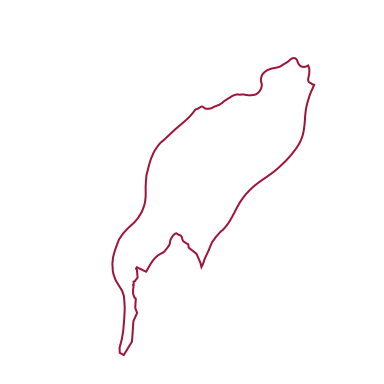 Altena, Noord-Brabant, Netherlands, rotated 308°
{"feature_id": "6326949B90099876945918", "entity_name": "Altena", "entity_type": "district", "adm_level": 2, "iso_a3": "NLD", "parent_name": "Netherlands", "parent_adm1": "Noord-Brabant", "projection": "natural_earth1", "projection_center": [4.974, 51.77], "detail": "fine", "context": "isolated", "style": "outline", "palette": "rose", "viewbox_px": 384, "rotation_deg": 308, "n_neighbors": 0, "source": "geoboundaries", "source_scale": "gbopen_adm2", "svg_char_len": 5842}
<svg xmlns="http://www.w3.org/2000/svg" viewBox="0 0 384 384"><g transform="rotate(308 192 192)"><path d="M258.7,143.8L258.1,143.9L257.9,143.9L255.3,144.0L253.1,143.9L249.4,143.7L246.0,143.2L240.8,142.2L231.0,140.2L225.4,139.3L216.2,137.9L211.5,136.9L207.9,136.7L201.7,137.1L198.7,137.7L193.3,139.1L191.3,139.8L188.1,141.0L185.1,142.3L183.3,143.1L181.0,144.1L177.3,145.7L173.8,148.0L171.9,149.2L167.5,152.3L164.0,155.1L160.0,158.2L159.5,158.5L155.5,161.0L151.6,162.8L145.4,164.7L138.2,165.5L132.9,165.3L128.5,164.6L123.7,163.8L122.6,163.7L116.7,163.2L109.6,163.7L102.6,165.9L98.3,167.3L92.3,169.8L86.3,173.5L83.8,175.8L81.1,178.1L78.8,180.8L75.4,186.3L73.1,192.4L71.1,197.8L68.2,202.2L65.1,205.2L59.9,209.8L56.3,212.5L50.9,216.3L41.0,222.8L33.3,227.1L24.7,230.8L20.8,234.1L21.5,238.6L34.5,237.1L37.1,236.8L44.5,231.9L51.8,226.9L54.3,225.3L62.9,223.2L64.3,220.9L65.7,218.7L70.5,215.3L73.0,213.7L73.5,212.9L73.4,211.6L75.5,208.3L78.7,205.7L81.0,204.5L82.4,202.9L82.9,203.3L85.4,201.2L86.9,202.0L87.0,202.0L87.8,201.7L88.3,201.8L90.9,201.8L91.0,201.8L91.2,201.7L91.6,201.4L92.3,200.7L92.6,200.4L92.8,200.2L94.0,199.1L95.8,197.4L96.0,197.2L96.3,197.1L96.5,197.1L96.8,197.1L97.0,197.2L97.1,197.3L97.0,197.1L96.9,196.9L96.8,196.6L96.8,196.4L96.9,196.0L96.9,195.7L97.0,195.5L97.0,195.3L97.1,195.2L97.3,195.1L97.5,195.0L98.0,195.0L98.4,194.9L98.8,194.9L99.7,199.3L99.8,199.4L100.0,200.7L100.9,204.9L101.4,204.9L104.5,204.4L109.3,203.7L113.5,203.4L116.3,203.5L117.5,203.6L118.9,203.8L121.1,204.2L122.7,204.8L124.6,205.6L126.4,206.4L128.0,206.9L132.3,206.9L134.9,206.9L136.3,206.7L137.6,206.3L139.7,205.1L140.0,204.9L141.1,204.5L142.4,204.2L143.8,204.1L146.0,203.8L148.1,204.2L148.8,204.5L149.3,204.7L149.8,205.0L149.9,205.4L149.9,205.8L149.9,206.6L150.0,207.5L150.2,208.3L150.5,209.0L150.6,209.8L150.6,210.3L150.4,211.0L150.2,211.7L149.9,212.1L149.0,213.3L148.4,214.2L148.1,214.7L147.9,215.3L147.8,215.9L147.9,216.6L148.0,218.0L148.1,218.9L148.5,221.2L148.2,221.6L147.9,221.8L146.1,223.7L146.1,224.5L146.1,225.4L146.1,227.2L146.1,231.4L146.1,233.5L141.5,242.1L138.7,245.6L141.3,245.1L143.8,244.4L146.7,243.3L148.6,242.8L157.0,240.9L159.3,240.2L161.4,239.6L161.6,239.5L162.5,239.3L163.8,239.0L164.7,238.8L165.2,238.7L166.5,238.7L167.5,238.7L170.7,238.5L173.1,238.6L177.0,238.9L177.7,238.9L178.6,239.0L181.0,239.6L182.2,239.7L183.3,239.8L184.2,239.9L185.2,239.9L186.2,239.9L187.2,239.9L188.0,239.9L190.0,239.8L192.4,239.6L194.4,239.3L196.7,239.0L198.2,238.7L199.9,238.4L200.8,238.3L203.3,237.8L207.5,237.0L208.9,236.8L209.7,236.7L210.6,236.5L211.4,236.4L213.0,236.2L213.9,236.1L214.9,236.0L216.8,235.9L218.5,235.8L219.7,235.8L220.3,235.8L221.4,235.8L222.9,235.8L224.7,235.9L225.2,236.0L226.4,236.1L226.7,236.1L228.0,236.2L229.7,236.4L231.2,236.6L232.8,236.9L235.2,237.4L236.0,237.5L237.4,237.9L240.0,238.5L243.4,239.5L245.4,240.1L248.7,241.2L252.0,242.2L254.1,242.8L256.2,243.4L258.8,244.1L262.9,245.0L264.1,245.2L265.2,245.4L266.3,245.6L269.3,246.0L270.4,246.2L271.9,246.4L274.0,246.7L276.3,246.9L278.6,247.1L280.2,247.2L280.8,247.2L282.5,247.3L284.8,247.3L286.7,247.3L289.1,247.3L291.5,247.2L292.5,247.1L293.2,247.0L294.4,246.9L295.3,246.8L296.9,246.5L297.8,246.4L298.3,246.3L299.1,246.1L300.1,245.8L300.9,245.6L302.5,245.1L304.3,244.5L305.8,243.9L306.6,243.5L308.3,242.7L310.6,241.4L311.1,241.1L312.0,240.6L313.5,239.7L314.5,239.1L315.4,238.5L316.1,238.1L317.2,237.3L317.8,236.9L318.3,236.6L318.5,236.5L319.8,235.5L321.4,234.5L323.3,233.3L324.9,232.3L326.1,231.6L327.7,230.7L329.2,229.9L330.4,229.3L331.3,228.9L332.2,228.5L333.4,228.0L335.1,227.3L335.5,227.1L335.9,227.0L337.0,226.6L340.5,225.2L344.0,224.2L345.0,223.9L345.7,223.8L352.4,222.1L351.5,221.9L351.4,221.8L351.1,221.1L350.9,220.2L351.0,219.4L350.9,218.6L350.7,217.7L350.6,216.8L350.7,216.0L351.2,215.2L352.1,214.3L353.5,213.5L354.5,213.0L355.1,212.7L356.6,212.0L357.7,211.3L358.8,210.6L359.8,209.8L360.5,209.2L361.4,208.4L362.1,207.5L362.6,206.7L363.2,205.6L361.9,205.1L360.9,204.5L359.5,203.3L358.9,202.5L358.5,201.6L358.2,200.8L358.1,199.9L358.1,199.6L358.1,199.1L358.3,198.2L358.5,197.4L358.8,196.6L359.2,195.7L359.7,194.9L360.3,194.0L360.7,193.2L360.9,192.3L360.9,191.5L360.7,190.6L360.3,189.8L359.4,189.0L358.6,188.5L357.6,188.1L356.5,187.8L355.5,187.7L354.9,187.6L354.4,187.5L353.3,187.2L352.3,186.9L351.2,186.4L350.1,186.0L349.1,185.6L348.0,185.2L345.9,184.5L344.8,184.0L343.7,183.4L342.7,182.5L341.7,181.7L339.4,179.7L338.9,179.3L338.3,178.8L337.9,178.5L337.6,178.3L337.4,178.1L336.8,177.8L335.7,177.1L335.4,176.9L334.9,176.6L334.5,176.5L334.0,176.2L333.7,176.1L333.2,175.9L332.0,175.6L331.2,175.4L330.9,175.3L329.8,175.2L328.8,175.1L327.7,175.1L326.7,175.4L325.6,175.7L325.5,175.8L324.6,176.2L323.5,176.8L322.4,177.5L321.4,178.4L321.4,178.5L321.1,178.9L320.6,179.8L319.9,180.6L318.8,181.5L318.2,181.8L317.1,182.3L316.1,182.7L315.0,182.9L313.9,183.1L312.9,183.2L311.9,183.1L310.8,183.0L309.7,182.7L308.6,182.4L307.6,181.8L307.3,181.5L306.3,180.7L305.4,179.8L304.7,179.1L303.9,178.1L303.2,177.3L302.7,176.4L302.2,175.6L301.7,174.8L301.3,173.9L300.9,173.1L300.7,172.9L300.4,172.2L299.7,171.5L299.5,171.3L298.8,170.5L298.1,169.7L297.6,169.0L297.5,168.9L297.4,168.6L296.8,167.5L295.7,166.7L295.3,166.3L294.7,165.9L293.8,165.3L293.6,165.2L292.6,164.7L291.6,164.3L291.5,164.2L290.4,163.9L289.4,163.6L288.3,163.1L287.4,162.8L287.1,162.7L286.3,162.4L284.9,161.9L284.0,161.6L283.4,161.4L282.9,161.3L281.9,161.1L281.0,160.9L280.7,160.9L279.8,160.6L278.7,160.2L277.6,159.8L276.6,159.2L276.2,159.0L274.9,158.2L274.3,157.9L273.4,157.3L272.3,156.7L271.2,156.3L270.2,155.8L269.8,155.5L269.7,155.4L269.1,155.0L268.7,154.7L268.2,154.2L267.0,152.9L266.5,152.1L266.0,151.3L265.8,150.4L265.8,149.8L265.8,149.5L265.8,148.9L265.8,148.6L265.8,147.9L265.6,147.5L265.3,147.0L264.8,146.7L263.7,146.2L261.6,145.5L260.5,144.8L259.5,144.1L258.7,143.8Z" fill="none" stroke="#9f1239" stroke-width="2"/></g></svg>